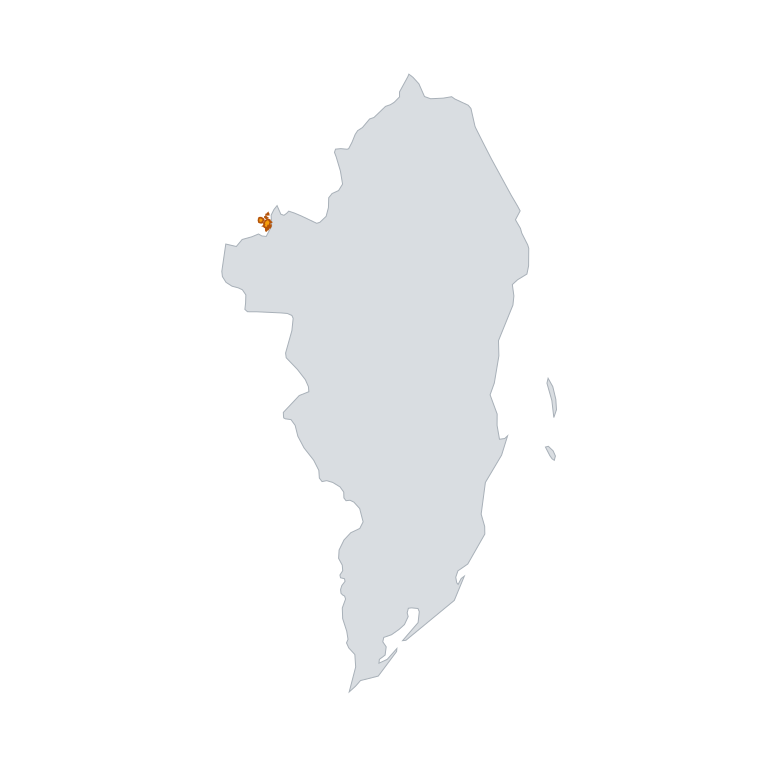 Amapala, Valle, Honduras (highlighted), rotated 101°
{"feature_id": "27666195B15608241098476", "entity_name": "Amapala", "entity_type": "district", "adm_level": 2, "iso_a3": "HND", "parent_name": "Honduras", "parent_adm1": "Valle", "projection": "mercator", "projection_center": [-87.621, 13.313], "detail": "fine", "context": "in_parent", "style": "filled", "palette": "amber", "viewbox_px": 768, "rotation_deg": 101, "n_neighbors": 0, "source": "geoboundaries", "source_scale": "gbopen_adm2", "svg_char_len": 7142}
<svg xmlns="http://www.w3.org/2000/svg" viewBox="0 0 768 768"><g transform="rotate(101 384 384)"><path d="M692.9,359.4L667.2,357.8L655.1,361.0L649.8,368.2L645.3,371.4L641.5,370.6L633.8,373.4L622.2,379.8L611.8,382.2L602.4,380.7L599.7,382.2L599.0,384.3L597.6,386.3L594.0,387.4L589.8,386.9L585.2,384.6L582.7,385.6L582.5,389.7L579.9,390.8L575.2,388.9L569.8,390.4L563.8,395.3L555.5,396.4L544.7,393.5L536.3,388.2L530.4,380.2L523.3,378.2L510.9,384.1L505.7,391.0L504.6,395.2L505.8,399.0L503.5,401.6L497.8,402.9L493.4,407.5L490.4,415.6L489.8,421.8L491.6,426.2L488.7,429.5L481.2,431.5L472.2,438.5L462.0,450.3L451.7,458.6L441.6,463.3L436.7,468.5L437.0,474.2L436.4,476.0L434.4,476.6L431.1,477.4L411.5,465.0L405.9,456.3L401.0,457.7L394.8,462.0L386.2,471.8L376.9,485.0L372.4,486.5L349.1,484.6L336.9,485.7L334.3,487.5L333.2,492.4L333.9,498.9L337.3,522.2L339.1,531.8L337.3,534.8L331.0,535.3L322.9,536.6L318.5,541.0L317.4,545.5L317.0,551.8L314.4,558.4L309.4,563.1L304.4,564.7L276.8,566.0L277.2,555.2L269.2,550.8L264.7,541.8L260.7,535.8L262.0,532.1L261.6,527.8L250.4,524.4L239.8,527.0L233.7,525.3L229.3,523.0L237.0,517.7L237.5,514.4L235.0,512.1L232.5,510.5L233.3,504.5L234.8,497.4L239.1,480.7L237.5,477.8L230.5,472.8L221.5,472.2L211.7,473.8L206.9,471.3L202.8,465.5L195.7,462.8L183.3,467.4L170.1,474.3L166.1,476.8L162.7,476.4L161.2,471.3L160.6,465.1L159.8,463.6L152.7,461.5L144.5,459.9L140.3,458.2L136.4,454.1L126.6,448.7L124.3,444.7L111.2,435.5L108.6,431.0L105.5,427.7L99.2,423.5L94.3,424.5L77.7,419.2L75.1,418.7L77.4,414.1L82.7,407.0L94.1,399.1L95.1,392.7L92.1,380.4L89.1,372.4L90.7,368.9L94.3,354.5L97.0,351.2L113.6,343.9L115.1,342.9L128.2,332.8L142.6,321.5L157.7,309.0L174.5,295.1L183.8,286.9L188.1,283.4L197.7,286.3L205.3,279.7L209.7,277.5L220.0,269.5L223.2,267.8L240.5,264.6L248.8,264.7L256.1,272.7L261.9,277.0L272.8,273.3L281.9,272.5L319.6,279.9L334.5,276.6L362.0,275.9L374.4,277.8L391.9,267.2L403.1,265.1L416.2,260.1L414.5,255.1L411.3,252.8L431.4,255.0L461.3,265.7L493.2,263.8L504.6,258.0L512.1,256.4L544.7,267.4L553.3,275.8L560.0,276.7L565.2,274.7L566.6,273.0L560.2,271.1L557.3,268.5L583.0,273.7L631.4,313.6L632.4,316.8L611.7,305.0L600.8,305.9L597.9,307.8L598.5,314.3L599.5,317.3L604.2,317.6L607.7,315.9L616.2,318.0L621.9,322.3L628.7,328.8L632.8,335.9L637.3,336.0L641.6,331.7L649.9,331.2L655.2,336.0L659.0,335.7L653.7,328.3L641.2,320.9L644.2,320.6L671.8,333.9L679.6,350.5L686.1,354.3L692.9,359.4ZM368.1,216.1L352.1,224.2L347.1,224.0L354.4,217.8L366.3,212.4L376.3,209.8L384.5,210.9L368.1,216.1ZM422.7,207.5L415.1,213.5L413.8,210.8L417.4,205.2L422.0,202.0L426.4,202.3L425.4,204.7L422.7,207.5Z" fill="#d9dde1" stroke="#a8b0b8" stroke-width="1"/><path d="M252.9,531.1L253.0,530.8L253.0,530.6L253.1,530.4L252.8,530.3L252.8,529.9L252.9,529.7L252.6,529.4L252.2,529.5L252.6,529.4L252.7,529.1L253.0,528.8L252.7,528.9L253.0,528.7L253.0,528.4L252.3,528.3L251.9,528.1L251.6,527.9L251.5,528.0L251.4,528.0L251.6,528.1L251.4,528.1L251.5,528.0L251.5,527.9L251.3,527.7L251.2,527.7L251.1,527.3L251.1,527.2L250.8,527.1L250.8,526.9L250.9,526.7L250.9,526.8L250.8,527.0L251.1,527.1L251.6,527.2L251.7,526.8L251.6,526.7L251.3,526.7L251.6,526.7L251.8,527.0L251.9,526.8L251.9,527.0L251.7,527.0L251.7,527.3L251.8,527.3L252.2,527.0L252.7,526.8L252.7,526.6L252.3,526.7L252.2,526.7L251.9,526.6L251.9,526.2L252.0,526.0L252.3,526.1L252.5,525.9L252.4,525.8L252.4,525.7L252.1,525.7L251.9,526.1L251.7,526.2L251.4,525.9L251.5,525.7L251.9,525.5L251.9,525.4L251.5,525.4L251.3,525.6L251.1,525.8L251.1,526.1L250.9,526.5L250.7,526.5L250.8,526.5L251.0,526.1L251.1,525.7L251.4,525.4L250.9,525.1L250.6,525.1L250.4,525.1L250.1,525.2L250.3,525.3L250.5,525.4L250.8,525.4L250.8,525.5L250.7,525.6L250.8,525.5L250.8,525.4L250.6,525.5L250.5,525.4L250.3,525.4L250.1,525.3L250.0,525.6L249.8,526.1L250.0,526.1L249.9,526.2L249.7,526.1L249.3,526.4L249.3,526.6L249.5,526.8L249.4,526.8L249.3,526.7L249.2,526.4L248.6,526.7L247.8,526.7L247.5,526.5L247.5,526.3L247.3,526.2L247.1,526.2L247.0,525.7L246.9,525.6L246.9,525.8L246.7,525.8L246.4,525.8L246.3,526.1L246.2,526.2L246.1,526.6L245.8,526.8L245.5,526.9L245.2,526.8L245.1,526.6L245.1,526.9L244.9,527.2L244.9,527.4L245.0,527.6L244.9,527.7L245.2,528.0L245.4,528.0L245.0,528.4L244.9,528.3L244.6,528.5L244.6,528.9L244.6,529.2L244.7,529.3L244.7,529.5L244.9,530.1L245.2,530.3L245.3,530.5L245.6,530.6L245.9,530.8L246.0,531.1L246.1,531.4L246.3,531.6L246.9,531.8L247.1,531.8L247.3,531.9L247.5,531.9L247.7,532.0L247.9,532.3L248.4,532.3L248.5,532.4L248.8,532.4L248.9,532.5L249.3,532.4L249.3,532.1L249.7,531.9L249.7,532.0L249.8,532.4L250.0,532.3L250.5,532.3L250.7,532.1L250.8,532.0L251.1,532.2L251.3,532.3L251.4,532.2L251.5,532.1L251.6,532.3L251.5,532.5L251.9,532.7L252.0,532.8L252.0,532.6L252.5,532.5L252.4,532.5L252.4,532.3L252.5,532.0L252.4,531.8L252.5,531.6L252.4,531.5L252.4,531.4L252.6,531.2L252.9,531.1ZM247.5,538.5L247.7,538.4L247.8,538.2L248.0,538.2L248.5,538.0L248.9,537.8L249.1,537.7L249.2,537.3L249.1,537.2L249.1,536.9L249.3,536.4L249.3,536.2L249.3,535.8L249.1,535.8L249.0,535.7L248.9,535.4L249.2,535.1L249.1,534.7L249.0,534.4L248.7,534.2L248.6,534.4L248.4,534.5L248.1,534.5L247.9,534.2L247.7,534.0L247.0,534.0L246.7,533.6L246.2,533.5L246.0,533.8L245.6,534.0L245.5,533.9L245.5,533.7L245.3,533.9L245.1,533.8L244.9,534.0L244.9,534.3L244.9,534.6L244.7,534.7L244.6,534.9L244.6,535.0L244.7,535.3L244.5,535.6L244.2,535.8L244.3,535.9L244.3,536.0L244.5,536.3L244.4,536.5L244.4,537.0L244.2,537.1L244.2,537.3L244.3,537.5L244.5,537.9L244.5,538.0L244.6,538.3L245.0,538.4L245.5,538.3L245.9,538.6L246.5,538.5L246.8,538.5L247.2,538.5L247.5,538.5ZM251.2,527.6L251.3,527.6L251.8,527.8L252.2,528.1L252.4,528.2L252.5,528.1L252.9,528.1L253.0,528.0L253.0,527.7L253.0,527.8L253.0,528.1L253.3,528.3L253.3,528.1L253.4,528.3L253.5,528.3L253.7,528.2L253.8,528.3L253.7,528.3L253.3,528.4L253.3,528.7L253.1,528.9L252.9,529.2L253.1,529.6L253.3,529.7L253.4,529.9L253.5,529.9L253.9,529.7L254.1,529.7L254.4,529.6L254.9,529.6L255.0,529.5L255.1,529.3L255.3,529.2L255.4,529.3L255.6,529.2L255.8,529.3L256.0,529.3L256.1,529.1L256.3,528.9L256.2,528.6L255.6,528.5L255.2,528.5L254.9,528.7L254.5,528.7L254.4,528.7L254.5,528.7L254.8,528.7L255.1,528.5L254.8,528.2L254.5,527.8L254.4,527.8L254.2,527.7L254.4,527.7L254.5,527.7L254.4,527.4L254.3,527.5L254.0,527.6L254.3,527.4L253.9,527.3L253.5,527.2L253.1,527.0L252.7,527.0L252.4,527.1L251.9,527.5L251.7,527.5L251.3,527.5L251.2,527.6ZM242.6,531.0L242.6,531.4L242.4,531.5L242.3,531.8L242.2,531.8L242.1,532.0L242.5,532.3L242.5,532.7L242.6,532.9L242.9,532.9L242.9,532.6L243.1,532.5L243.0,532.4L242.9,532.2L243.0,532.0L243.4,531.7L243.5,531.7L243.9,531.5L243.8,531.2L243.7,530.9L243.5,530.7L243.1,530.1L243.0,530.4L242.9,530.5L242.7,530.9L242.6,531.0ZM238.9,530.2L239.0,530.4L239.1,530.5L239.6,530.3L240.1,530.4L240.2,530.2L239.9,530.0L239.7,529.8L239.7,529.6L239.4,529.8L239.3,529.7L239.2,529.6L238.8,529.7L238.7,529.8L238.9,530.1L238.9,530.2ZM240.2,532.1L240.3,532.0L240.3,531.9L240.5,531.9L240.4,531.7L240.1,531.7L240.1,531.9L240.1,532.1L240.2,532.1ZM238.5,530.8L238.7,530.7L238.4,530.7L238.5,530.8ZM239.3,531.2L239.4,530.9L239.3,531.0L239.2,531.1L239.3,531.2ZM240.6,532.5L240.6,532.4L240.6,532.5Z" fill="#f59e0b" stroke="#b45309" stroke-width="1.5"/></g></svg>